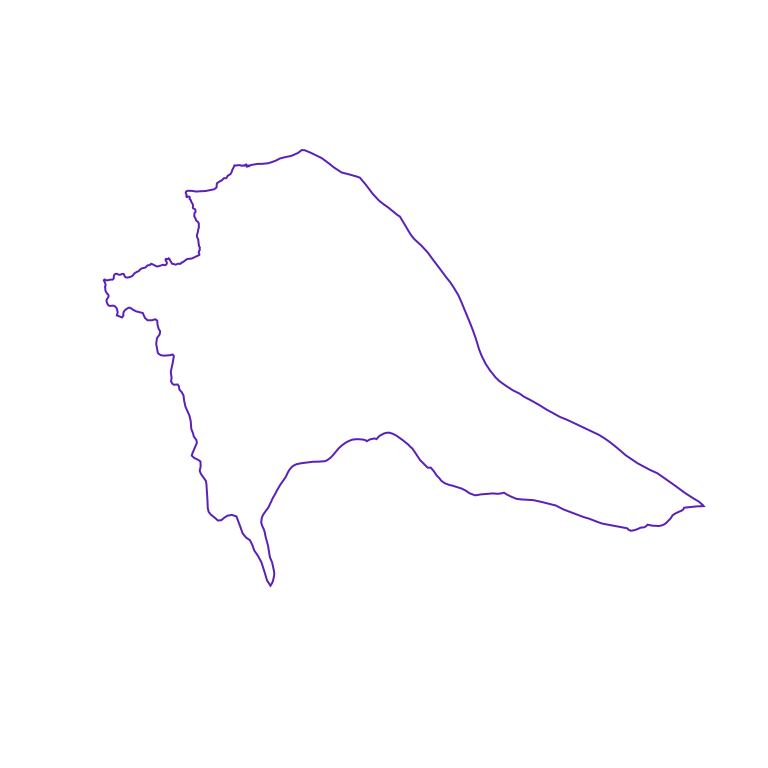 Sangthong, Vientiane [prefecture], Laos (Mercator projection), rotated 330°
{"feature_id": "54806243B2404656271674", "entity_name": "Sangthong", "entity_type": "district", "adm_level": 2, "iso_a3": "LAO", "parent_name": "Laos", "parent_adm1": "Vientiane [prefecture]", "projection": "mercator", "projection_center": [102.117, 18.241], "detail": "fine", "context": "isolated", "style": "outline", "palette": "violet", "viewbox_px": 768, "rotation_deg": 330, "n_neighbors": 0, "source": "geoboundaries", "source_scale": "gbopen_adm2", "svg_char_len": 6166}
<svg xmlns="http://www.w3.org/2000/svg" viewBox="0 0 768 768"><g transform="rotate(330 384 384)"><path d="M191.0,160.2L190.4,162.1L189.7,163.1L189.4,164.2L189.3,165.8L189.4,166.9L189.8,168.9L189.7,169.7L189.2,170.5L187.9,171.3L186.5,172.0L185.7,172.5L185.4,173.1L185.0,173.9L184.6,176.0L184.6,177.7L184.7,178.2L185.0,178.6L185.9,179.5L188.1,180.4L189.0,181.1L189.7,181.9L190.2,183.7L190.3,184.7L190.1,185.8L189.9,186.6L189.3,188.3L188.7,189.4L186.9,191.0L190.5,195.4L192.4,194.4L192.8,194.1L193.1,193.2L193.9,192.1L194.9,191.3L195.7,190.9L197.4,190.4L199.0,190.2L200.7,190.3L201.3,190.4L201.9,190.8L202.2,191.1L202.6,191.7L203.9,194.4L205.7,197.2L210.6,201.9L210.0,207.2L211.1,210.6L214.9,212.8L218.2,213.5L219.3,215.7L217.5,219.4L216.4,223.7L216.5,226.4L214.6,228.8L210.3,230.8L206.8,235.3L203.6,244.2L205.0,247.4L207.7,249.5L213.0,252.0L215.7,252.8L216.0,254.7L211.1,260.6L205.4,266.9L203.1,272.5L200.9,275.2L200.9,278.2L201.7,279.6L205.1,281.3L205.3,283.3L204.0,286.6L204.7,289.5L204.7,293.5L202.6,298.5L200.7,304.4L199.7,313.9L198.1,319.4L194.6,326.7L194.0,331.1L193.0,334.4L193.5,338.7L192.5,341.4L183.0,348.6L181.7,349.9L182.6,353.0L185.2,356.9L186.3,359.3L184.1,363.6L181.0,367.0L180.5,370.3L181.3,379.0L180.1,382.0L173.2,396.0L169.3,403.4L168.2,407.3L168.8,410.7L171.1,416.6L171.9,419.2L175.0,420.6L179.0,419.9L182.6,419.8L186.8,421.3L190.0,424.9L188.2,435.6L186.9,442.6L187.7,447.8L189.8,452.3L189.5,457.4L188.4,463.2L188.9,469.6L188.7,477.1L186.6,486.8L184.5,495.6L184.8,501.9L187.3,500.6L189.4,499.0L192.8,495.3L194.3,493.1L195.3,490.7L197.9,482.6L198.5,477.5L198.9,476.1L202.6,466.4L205.3,456.4L206.6,452.8L207.3,449.5L207.5,446.6L208.3,442.7L210.9,439.2L213.1,437.3L215.8,435.9L222.3,433.0L224.8,431.3L230.9,427.0L234.5,425.0L238.0,422.7L243.8,419.4L249.2,416.9L252.7,415.2L256.7,412.4L259.4,410.9L262.9,409.7L265.4,409.5L268.0,409.7L272.4,411.1L283.8,415.9L288.6,418.6L293.8,421.1L296.1,421.6L300.5,421.2L304.0,420.2L312.4,417.1L316.9,416.1L321.7,415.6L325.2,415.8L328.9,416.4L332.5,418.0L334.1,418.9L337.9,421.5L339.6,423.1L340.1,423.8L340.5,425.0L343.9,424.9L348.6,426.4L349.9,428.0L352.2,427.2L354.3,426.7L359.0,426.8L361.4,427.4L364.0,428.6L366.8,431.6L368.9,434.9L372.0,441.6L374.8,448.9L375.5,452.0L376.2,453.6L376.6,457.9L377.2,467.9L380.0,478.3L382.7,479.9L383.6,484.9L383.8,489.2L384.9,493.5L385.2,496.4L387.0,500.3L390.1,504.1L392.6,506.4L398.9,513.3L400.7,516.0L401.9,518.0L402.7,520.0L403.6,521.6L407.1,525.8L408.7,526.6L412.6,528.0L423.4,533.1L427.6,536.0L431.0,537.4L433.5,538.1L435.5,541.7L437.9,545.3L441.4,549.8L445.9,553.1L455.1,559.1L462.4,565.8L472.2,575.3L476.5,582.1L490.2,598.9L494.4,603.3L500.5,610.9L503.2,614.0L522.3,630.4L523.1,632.8L524.5,634.6L527.4,635.7L530.3,636.3L534.7,636.8L537.4,638.1L539.7,638.3L541.9,637.6L545.5,640.8L551.0,644.4L553.7,645.3L556.7,645.7L559.6,645.3L565.3,643.6L568.2,642.0L572.0,641.8L576.2,642.2L578.4,642.5L580.6,642.2L582.1,641.2L593.3,646.2L599.8,649.6L599.7,648.8L597.9,643.3L595.1,638.4L590.6,629.7L587.9,623.7L585.4,617.9L576.2,598.1L571.4,591.4L564.0,579.5L557.8,566.8L553.7,555.2L550.5,547.1L547.7,541.1L544.7,535.5L524.4,506.2L519.9,500.5L511.9,487.3L507.8,479.6L502.9,471.3L499.1,465.4L496.6,460.1L492.4,453.8L488.4,445.9L485.5,439.5L483.9,434.1L482.6,425.4L482.1,417.4L482.7,407.9L483.7,401.4L486.2,390.7L487.9,381.5L488.9,375.1L492.0,351.7L492.8,344.2L492.6,334.7L492.1,328.1L491.2,322.6L490.5,316.3L488.3,298.3L487.6,291.8L485.6,283.0L482.6,273.4L481.8,268.0L481.5,246.9L480.2,244.6L476.0,233.5L473.3,227.6L471.4,222.8L469.3,213.7L467.9,202.3L466.3,193.3L464.2,190.8L458.3,184.7L453.1,179.7L448.9,171.4L446.2,164.5L443.0,157.2L436.1,147.0L432.2,141.9L429.8,140.3L424.9,140.9L417.7,140.1L411.4,138.0L406.9,136.7L401.3,136.4L394.3,135.0L388.3,132.3L384.7,130.2L378.7,128.0L377.1,127.6L376.7,127.6L376.2,128.0L375.8,127.8L375.8,127.1L375.6,126.8L375.1,126.9L374.6,127.3L374.2,127.3L373.8,127.2L373.7,126.8L373.8,126.2L374.4,125.3L374.3,124.9L373.5,124.8L372.4,125.1L371.9,125.0L371.1,124.1L370.2,124.0L369.7,123.8L369.0,122.8L367.9,122.0L366.7,121.4L364.5,120.6L363.8,119.9L361.4,121.7L359.4,122.9L358.2,124.2L356.1,125.4L355.3,125.5L352.7,125.5L351.4,126.4L350.8,126.7L350.2,126.8L349.8,126.7L348.5,125.8L347.9,125.8L345.4,126.5L342.5,126.4L340.0,126.6L339.5,126.8L337.2,130.1L334.2,130.4L326.1,127.7L317.4,123.3L314.2,120.7L310.4,118.4L308.8,118.4L307.8,119.4L307.7,121.2L306.6,122.8L306.6,123.4L306.8,123.7L307.8,123.7L308.5,123.9L309.0,124.3L309.2,125.0L309.1,125.4L308.2,126.6L308.2,127.0L308.6,128.0L308.6,128.3L308.1,130.1L308.3,131.5L308.2,132.8L308.0,133.6L306.7,135.6L306.6,136.0L306.6,136.6L307.6,137.8L307.7,138.8L307.1,140.4L306.9,140.7L305.8,141.0L305.1,141.4L304.6,142.4L303.5,144.0L303.5,146.9L303.1,148.0L303.3,149.4L303.8,150.3L304.0,151.1L303.8,152.4L303.7,152.9L302.8,154.1L302.0,155.9L300.3,157.3L299.1,159.0L296.8,161.1L296.3,161.6L295.6,163.2L295.4,166.0L294.9,166.8L294.4,168.3L293.7,169.4L293.5,170.6L292.8,171.6L292.7,173.9L291.9,174.8L291.5,175.8L290.1,176.6L289.6,177.0L289.1,178.3L288.9,179.5L288.5,179.9L280.2,179.2L276.2,177.4L274.0,177.5L270.4,178.0L270.1,177.7L269.5,177.6L268.5,178.0L267.6,178.1L266.9,177.7L266.3,177.1L265.4,176.8L263.4,176.5L262.5,175.8L261.8,174.8L260.9,174.2L260.5,173.7L260.7,171.5L260.5,170.4L260.7,168.6L260.5,167.7L260.2,167.4L259.2,167.8L257.9,166.7L257.2,166.8L256.8,167.4L256.7,170.1L256.2,171.0L255.4,171.6L254.3,171.8L253.3,171.4L252.6,170.6L252.0,170.1L250.4,169.9L248.8,169.5L247.4,169.2L246.5,168.9L245.7,168.2L243.3,164.4L242.3,163.4L241.9,163.5L241.4,163.8L240.4,163.8L238.7,163.1L238.0,163.2L236.1,163.8L235.5,163.8L232.0,162.8L230.4,162.8L228.4,163.5L227.5,163.6L226.4,163.3L223.5,163.4L222.1,163.8L220.2,164.6L218.5,164.5L216.7,164.1L215.2,163.6L214.3,163.1L213.9,162.8L213.6,162.2L213.3,161.7L213.3,160.6L213.6,159.7L213.6,159.0L213.5,158.6L213.3,158.3L212.4,157.8L209.9,157.4L209.5,157.1L208.7,156.4L207.9,155.2L207.5,154.8L206.6,154.4L205.2,154.5L203.9,155.6L202.8,157.3L202.1,157.8L201.1,157.9L199.4,156.9L196.0,155.8L195.2,155.2L194.5,154.0L194.2,153.8L193.7,153.8L193.2,154.1L193.1,154.4L193.1,156.2L192.5,158.9L192.3,159.3L191.6,160.0L191.0,160.2Z" fill="none" stroke="#5b21b6" stroke-width="2"/></g></svg>